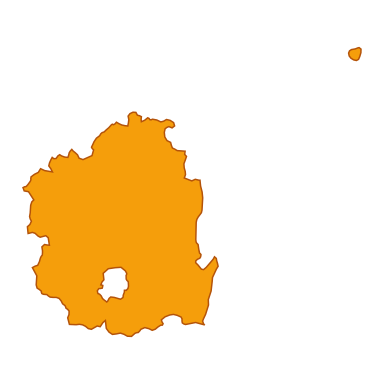 the Metropolitan City of North Gyeongsang
{"feature_id": "KOR-2509", "entity_name": "North Gyeongsang", "entity_type": "Metropolitan City", "adm_level": 1, "iso_a3": "KOR", "parent_name": "South Korea", "parent_adm1": "", "projection": "equal_earth", "projection_center": [128.783, 36.538], "detail": "fine", "context": "isolated", "style": "filled", "palette": "amber", "viewbox_px": 384, "rotation_deg": 0, "n_neighbors": 0, "source": "natural_earth", "source_scale": "10m", "svg_char_len": 3789}
<svg xmlns="http://www.w3.org/2000/svg" viewBox="0 0 384 384"><path d="M200.0,180.2L200.0,180.4L200.6,186.1L202.1,192.0L202.7,197.9L202.0,210.1L201.4,212.7L198.1,217.1L196.8,219.5L196.2,222.3L195.8,239.7L196.1,242.0L196.8,243.3L197.5,243.9L198.1,244.6L198.8,249.5L199.6,253.2L200.5,253.9L201.0,254.7L200.6,256.9L199.8,258.2L198.6,258.8L197.6,259.2L195.8,260.8L195.7,262.7L198.0,265.0L199.6,267.0L201.4,269.2L203.6,269.6L206.3,267.3L213.2,259.2L214.5,256.8L216.3,258.4L216.7,260.8L217.5,263.4L218.1,266.3L216.4,269.1L212.5,277.5L212.2,281.2L211.1,291.0L208.3,299.6L208.5,305.0L205.6,314.3L203.5,318.8L202.6,321.1L203.5,323.7L204.3,324.7L204.2,324.8L195.6,322.5L185.5,324.5L183.7,323.9L182.3,322.9L182.0,321.0L182.0,318.8L181.0,317.0L177.1,315.3L173.4,314.4L169.7,315.0L165.1,316.8L161.4,319.8L162.0,321.9L163.1,323.7L162.4,325.1L160.7,325.2L157.9,327.0L155.3,329.2L152.2,330.3L149.0,328.7L144.8,327.6L140.9,329.3L139.6,331.1L138.2,332.5L136.6,332.7L135.0,333.3L131.5,336.4L127.4,336.2L124.0,334.3L120.4,333.1L116.4,333.9L112.4,334.4L109.0,332.1L106.3,328.4L105.4,320.5L102.9,322.6L100.2,326.7L97.2,326.0L91.4,329.3L88.3,328.6L85.5,326.3L82.5,324.8L79.4,324.3L76.1,324.7L69.4,324.4L67.7,317.8L69.0,314.5L69.1,311.1L67.6,309.3L66.0,308.2L65.6,306.9L65.0,305.6L62.6,303.8L61.1,300.8L59.1,298.4L56.3,297.4L53.2,297.4L50.1,297.1L48.3,295.9L46.9,294.6L43.6,294.3L42.7,294.0L41.8,293.5L41.4,292.4L41.3,291.2L40.3,290.3L39.3,289.5L37.1,288.1L36.2,284.9L36.8,275.8L32.4,267.6L35.0,266.2L37.7,265.3L39.4,261.7L40.4,258.1L41.2,256.4L42.3,255.1L42.5,252.7L42.5,250.8L41.9,246.9L44.5,244.5L47.1,245.0L49.4,245.2L48.2,237.7L45.8,235.7L40.2,237.2L38.1,236.1L35.1,233.3L32.4,232.4L28.1,233.5L27.4,226.7L29.9,224.5L31.4,221.2L30.2,218.9L29.6,216.5L30.2,213.0L30.7,205.2L31.8,201.9L33.8,199.9L28.5,191.7L24.2,190.9L23.0,187.6L24.6,186.8L26.2,186.5L27.8,184.7L30.3,181.3L30.9,179.8L30.8,178.5L31.1,176.8L34.5,174.3L38.3,172.4L40.6,168.7L44.7,170.6L52.4,171.9L50.8,168.7L48.8,165.9L49.5,162.9L50.9,159.8L52.2,157.4L53.9,158.7L56.1,158.5L57.9,155.9L59.7,154.7L61.5,155.9L64.8,157.1L67.9,157.4L68.7,155.0L69.2,152.8L70.4,150.9L71.8,149.4L73.2,151.1L75.0,152.5L77.5,154.8L79.1,158.2L83.0,159.6L92.0,155.6L93.6,149.9L92.2,148.5L91.5,147.2L92.8,144.5L94.0,141.8L96.4,138.2L99.7,135.7L100.7,133.9L102.0,132.7L104.2,131.9L106.0,130.1L108.8,127.7L111.3,124.9L112.3,124.2L113.6,124.7L115.1,123.8L116.4,122.2L119.2,123.8L121.8,125.0L125.1,125.7L127.8,126.0L128.4,122.9L128.8,119.6L128.1,116.1L130.0,113.6L133.0,112.2L135.9,112.4L137.4,115.2L139.5,115.7L141.4,116.7L141.1,119.2L141.4,121.7L144.6,120.3L147.7,117.8L149.0,118.4L149.9,119.7L151.1,119.8L152.5,119.2L156.8,120.0L160.8,121.9L163.6,121.2L166.5,119.5L170.2,120.4L173.6,122.6L174.6,125.9L172.1,127.9L168.9,126.6L166.9,127.4L165.1,128.8L164.3,132.4L164.8,137.0L167.0,140.6L170.6,142.4L171.4,145.4L172.4,148.0L174.9,149.2L177.2,150.6L185.1,151.2L184.7,154.4L185.6,155.4L186.5,156.4L185.3,160.0L183.9,163.8L184.2,167.8L185.2,171.4L185.5,174.6L184.3,178.0L191.8,180.9L195.3,179.3L198.9,180.2L200.0,180.2ZM126.2,290.4L127.9,288.6L128.5,286.3L128.4,283.8L128.2,281.6L127.0,280.5L126.2,279.1L126.1,275.4L126.6,274.5L126.7,273.3L125.3,270.8L121.0,267.3L115.2,267.7L108.3,268.7L103.2,273.3L103.9,279.8L102.0,282.0L100.8,284.9L101.9,285.1L102.8,285.4L102.6,286.9L102.2,288.2L100.4,288.5L98.8,288.6L97.3,290.8L97.9,293.5L99.6,294.2L101.2,295.9L102.5,298.5L104.4,300.2L105.7,301.1L106.7,302.0L107.6,301.3L109.1,298.4L110.7,297.0L114.2,297.4L120.5,299.2L122.9,297.6L123.2,296.2L123.2,295.3L124.3,292.4L124.4,291.2L124.4,290.3L125.4,290.2L126.2,290.4ZM359.1,47.6L361.0,49.1L360.9,52.7L359.7,56.7L358.5,59.4L356.4,60.5L353.7,59.9L351.0,58.3L349.2,56.0L348.6,53.1L349.5,50.9L351.4,49.6L355.3,48.9L357.8,47.9L359.1,47.6Z" fill="#f59e0b" stroke="#b45309" stroke-width="1.5"/></svg>